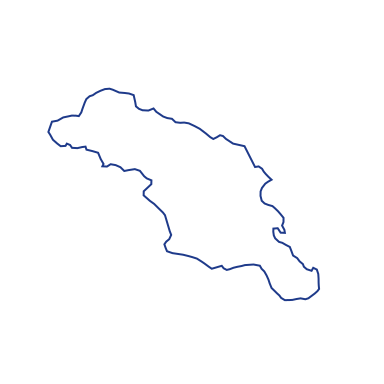 outline of Quatipuru, Pará, Brazil, rotated 116°
{"feature_id": "56859067B99309548374267", "entity_name": "Quatipuru", "entity_type": "district", "adm_level": 2, "iso_a3": "BRA", "parent_name": "Brazil", "parent_adm1": "Pará", "projection": "natural_earth1", "projection_center": [-47.01, -0.859], "detail": "fine", "context": "isolated", "style": "outline", "palette": "blue", "viewbox_px": 384, "rotation_deg": 116, "n_neighbors": 0, "source": "geoboundaries", "source_scale": "gbopen_adm2", "svg_char_len": 2301}
<svg xmlns="http://www.w3.org/2000/svg" viewBox="0 0 384 384"><g transform="rotate(116 192 192)"><path d="M201.0,347.4L202.7,344.6L206.0,339.9L207.5,334.5L208.4,330.1L206.0,325.9L203.4,325.7L203.2,322.2L204.9,319.2L202.8,314.2L199.8,310.5L197.9,307.6L200.2,305.4L198.9,299.5L197.9,293.6L202.4,288.5L205.6,283.8L208.2,283.8L206.4,279.6L202.7,277.3L201.3,272.4L201.1,267.2L202.8,262.1L200.2,258.7L196.5,253.4L195.8,248.1L198.8,241.9L199.6,238.6L199.3,233.6L202.8,232.0L212.5,235.7L216.2,234.0L218.4,226.0L219.3,220.8L221.4,214.6L223.2,209.1L224.7,206.1L236.9,194.9L239.7,191.9L244.4,191.8L247.9,193.4L251.1,193.9L253.7,191.3L256.2,188.5L255.5,182.7L252.3,172.6L251.1,167.0L250.4,163.2L249.7,158.4L250.3,153.0L250.8,149.5L251.8,144.1L252.3,140.6L245.3,132.9L246.7,130.1L246.8,126.6L244.8,124.2L241.9,121.5L239.4,118.5L236.8,115.0L234.5,112.4L230.2,104.9L228.5,98.7L230.5,95.8L231.7,92.2L234.3,88.4L237.2,84.9L240.0,82.2L243.4,78.4L244.7,74.4L245.8,71.2L246.7,68.1L248.1,65.5L248.5,61.2L246.7,57.6L245.0,54.5L242.4,51.2L240.0,47.8L238.7,43.1L236.5,40.8L233.8,39.4L229.5,37.2L226.1,35.8L223.4,35.3L220.8,36.9L218.1,38.4L214.3,40.3L210.3,42.6L207.0,45.8L207.0,49.8L210.4,50.0L211.1,55.0L210.1,58.7L208.2,60.7L207.2,64.8L205.3,68.5L204.8,73.3L200.9,77.4L198.5,80.0L198.4,84.3L198.1,88.6L198.7,91.9L197.2,96.9L195.2,99.4L192.1,101.5L189.2,102.8L187.0,99.1L189.7,94.5L188.0,90.6L185.5,92.4L182.7,96.3L178.9,96.6L175.1,98.4L173.1,102.7L171.6,106.2L170.2,110.5L169.4,113.5L170.2,117.9L170.5,121.7L169.3,125.5L165.5,128.7L161.4,130.6L157.7,130.9L154.8,130.3L152.4,129.8L149.5,128.2L146.1,125.9L144.8,130.1L143.5,133.6L142.2,136.5L140.4,139.2L139.8,143.3L141.9,146.3L127.8,164.9L130.5,176.3L129.4,184.8L128.1,188.7L128.7,191.7L131.9,193.7L135.0,196.1L134.7,199.6L133.3,205.2L131.8,212.8L131.6,218.6L131.7,225.0L133.0,229.4L135.0,233.0L136.5,237.4L135.0,242.1L136.4,246.7L136.8,251.0L135.6,259.2L133.8,263.2L137.9,266.9L140.2,272.3L140.5,276.1L139.6,279.9L136.0,282.5L130.5,286.9L131.1,291.8L132.5,295.9L134.5,301.0L134.8,308.1L135.3,311.4L137.7,315.4L141.1,318.6L144.9,321.6L148.5,323.6L150.8,326.0L154.8,327.7L158.6,327.6L165.4,326.9L169.0,326.4L173.4,327.0L174.3,329.8L176.0,333.5L178.3,336.4L181.4,340.4L186.8,344.1L190.2,348.7L197.8,347.8L201.0,347.4Z" fill="none" stroke="#1e3a8a" stroke-width="2"/></g></svg>